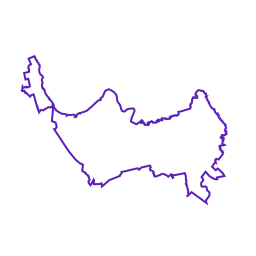 Hauraki District, Waikato, New Zealand (Albers equal-area conic projection), rotated 348°
{"feature_id": "76426892B20926799897700", "entity_name": "Hauraki District", "entity_type": "district", "adm_level": 2, "iso_a3": "NZL", "parent_name": "New Zealand", "parent_adm1": "Waikato", "projection": "albers", "projection_center": [175.627, -37.294], "detail": "fine", "context": "isolated", "style": "outline", "palette": "violet", "viewbox_px": 256, "rotation_deg": 348, "n_neighbors": 0, "source": "geoboundaries", "source_scale": "gbopen_adm2", "svg_char_len": 5863}
<svg xmlns="http://www.w3.org/2000/svg" viewBox="0 0 256 256"><g transform="rotate(348 128 128)"><path d="M117.5,86.2L115.3,86.3L113.3,87.1L109.5,92.4L108.1,92.7L107.2,93.4L107.5,94.6L107.2,94.8L104.8,94.9L103.5,95.5L97.6,99.1L91.1,102.6L86.9,103.3L84.2,103.3L84.0,103.8L83.3,103.4L81.3,104.0L80.4,104.9L80.2,105.8L79.7,105.9L79.2,106.5L78.4,106.1L78.7,105.9L79.0,104.9L78.2,103.9L76.8,103.5L74.8,103.5L72.3,102.7L71.4,103.0L71.7,102.6L70.7,102.0L65.6,99.9L61.4,95.8L61.0,95.2L61.0,94.2L59.9,93.1L59.5,91.6L59.2,91.9L55.0,105.5L58.3,107.6L58.5,112.2L56.8,113.7L55.5,113.8L65.1,138.2L70.0,147.8L74.1,153.1L75.0,153.3L76.3,154.6L75.8,155.3L75.7,157.0L74.3,159.7L74.6,160.9L75.1,161.0L75.2,161.5L76.5,162.3L76.9,163.4L77.4,163.4L77.6,164.7L78.9,165.9L79.3,166.7L79.1,167.4L79.5,167.8L79.3,168.5L79.8,170.4L79.3,171.2L78.3,171.7L78.4,172.2L78.1,173.8L79.5,176.2L83.7,171.4L83.9,172.6L83.1,174.2L82.9,175.8L88.8,177.0L90.6,176.6L90.4,179.8L98.9,175.1L110.0,173.2L110.0,172.7L111.2,172.0L112.4,170.7L112.6,170.2L112.5,169.7L129.1,169.4L130.1,171.1L132.9,169.4L141.7,169.3L142.0,170.1L142.0,171.3L141.1,171.9L141.2,174.1L142.6,174.7L144.0,176.2L143.9,177.0L143.2,177.6L144.0,178.6L144.0,179.4L143.6,179.6L143.9,180.9L144.8,180.9L145.6,181.3L148.3,180.6L149.0,180.8L151.5,179.9L152.4,180.0L155.7,182.0L157.2,184.0L160.2,182.5L161.4,186.1L161.8,185.9L161.4,182.8L163.0,183.8L174.2,184.0L174.5,186.8L174.3,189.3L173.8,190.3L174.3,191.9L173.7,192.6L173.5,193.9L173.1,194.3L173.5,195.1L173.2,195.3L173.4,196.0L173.2,196.3L173.6,197.3L173.6,199.3L173.8,199.7L173.6,200.9L173.9,202.3L173.4,203.1L173.3,204.0L173.8,205.2L171.2,207.4L176.8,204.0L189.2,217.7L189.1,216.4L189.5,214.7L193.1,211.5L193.8,210.3L194.3,208.6L193.7,206.9L192.3,205.3L192.6,203.2L192.2,201.6L191.4,201.2L188.5,200.9L187.9,200.4L187.7,199.9L187.9,197.7L188.4,196.7L190.6,194.9L190.8,193.9L190.5,192.6L189.7,191.3L194.8,186.9L197.6,192.0L201.3,195.5L203.4,196.5L204.7,196.6L204.8,194.9L212.3,195.0L211.4,192.0L210.7,191.3L210.5,190.6L207.4,186.3L205.1,187.6L202.2,183.4L206.0,179.6L206.6,180.1L206.5,179.6L206.9,178.5L206.6,177.5L207.9,176.5L210.1,177.7L215.2,173.3L215.6,172.5L216.1,171.5L215.5,170.8L214.7,170.7L214.7,169.9L214.9,169.7L214.0,168.6L214.3,168.6L214.2,166.5L213.7,166.5L213.6,165.1L213.9,164.5L219.0,164.7L218.8,164.4L217.5,164.5L217.1,164.1L217.3,163.4L217.0,163.3L217.0,162.7L217.8,160.5L218.4,160.5L218.1,158.8L219.4,158.7L219.5,157.7L218.2,157.0L217.4,157.4L217.0,157.0L217.4,156.5L217.0,156.3L218.3,155.0L218.6,155.2L218.6,154.6L220.2,155.3L220.6,155.2L220.7,154.8L222.4,154.8L223.2,154.3L222.6,153.2L222.7,152.1L223.3,152.0L223.1,151.7L223.3,151.5L222.4,150.7L222.8,149.3L223.7,148.9L224.0,147.5L223.5,146.1L224.1,145.2L223.7,145.0L223.4,144.1L222.8,143.5L222.8,143.2L222.3,143.0L221.8,141.1L221.4,141.0L221.1,140.6L221.2,139.9L220.3,139.3L219.9,138.4L220.1,137.9L219.7,137.9L219.0,136.9L219.2,135.7L218.9,135.1L219.2,134.6L218.9,134.4L219.3,134.2L218.5,133.5L218.7,132.5L217.7,132.6L216.6,130.7L216.2,128.9L216.5,128.7L216.0,127.8L216.2,127.3L215.3,127.1L214.3,126.0L213.5,124.4L212.2,120.3L212.7,119.6L212.5,119.4L212.0,118.6L211.4,117.2L211.6,116.9L211.1,115.1L210.5,114.3L211.1,113.8L210.6,113.8L210.6,113.6L211.3,113.3L211.5,112.8L211.3,112.2L211.5,111.6L211.2,111.2L211.3,110.4L210.3,110.2L209.2,107.3L208.7,107.0L207.5,107.1L205.9,105.9L204.6,105.6L202.0,107.3L201.5,108.4L200.8,109.1L201.1,109.9L202.1,110.6L202.3,111.6L201.9,113.0L200.3,112.5L200.2,112.2L199.9,112.4L199.6,112.1L199.3,112.3L198.8,112.2L198.8,111.6L198.0,111.5L197.5,112.2L197.5,112.7L196.5,113.6L196.1,115.6L195.6,116.6L195.2,116.7L195.2,117.3L194.3,117.9L194.0,117.8L193.4,119.4L193.7,119.7L193.4,120.2L193.6,120.9L193.0,121.9L183.1,122.8L180.6,122.7L180.5,124.8L180.2,125.4L179.3,125.5L178.4,126.2L177.6,125.4L177.2,125.6L176.4,125.3L175.8,125.4L175.7,125.7L173.8,125.2L173.4,125.8L172.0,125.7L172.1,126.4L171.2,126.4L171.0,127.5L170.6,127.9L169.8,127.2L168.0,127.4L166.8,126.4L166.2,126.9L165.1,125.9L164.4,126.1L163.1,125.5L162.7,126.0L163.0,127.5L162.2,127.4L161.6,126.9L161.0,126.8L160.9,127.1L159.6,127.9L159.4,127.4L159.5,126.3L159.2,126.0L158.2,126.9L158.0,127.5L157.6,127.3L157.4,128.3L155.7,128.6L154.9,128.1L153.6,128.0L153.6,127.5L153.1,127.2L153.3,126.9L152.4,126.2L151.8,126.7L150.2,126.7L150.4,127.0L149.7,127.1L149.6,127.6L149.1,127.2L148.4,127.2L148.8,129.1L148.0,129.3L145.6,128.4L145.4,127.8L145.1,127.9L145.1,127.3L144.5,127.0L144.5,126.6L144.2,126.4L144.5,126.0L144.3,125.6L143.3,125.6L143.1,124.4L142.6,123.9L143.4,123.7L143.0,123.2L142.0,123.8L142.3,124.6L141.8,125.7L140.2,124.7L137.4,126.0L136.3,125.7L134.9,124.3L132.5,122.7L132.3,122.2L132.5,121.3L134.1,118.3L137.9,112.7L138.1,111.7L137.9,110.7L136.9,109.8L132.1,109.4L130.8,109.6L128.4,111.1L127.3,111.0L125.9,110.3L125.4,108.9L125.0,103.8L123.3,100.1L123.2,98.1L123.6,94.5L123.5,93.4L122.8,91.8L121.6,89.9L119.6,87.8L117.5,86.2ZM59.3,91.4L59.2,91.0L59.5,91.2L60.0,90.9L60.2,90.4L59.6,88.2L58.6,85.7L56.7,82.9L56.5,81.8L56.0,81.6L56.7,81.7L55.5,79.7L54.3,76.5L54.3,74.6L54.0,74.2L54.2,73.3L53.6,71.7L53.3,71.5L52.9,71.7L52.5,70.4L52.8,67.8L53.1,67.2L53.6,66.9L53.8,64.7L53.6,63.4L53.8,62.6L55.4,60.7L55.0,59.1L53.9,58.1L54.2,58.3L53.3,56.9L52.9,54.8L53.2,52.5L54.5,49.6L54.6,47.8L53.9,46.8L53.8,45.5L52.8,44.2L52.9,43.0L51.9,41.7L52.1,40.7L51.4,39.4L51.7,38.8L51.4,38.3L45.2,39.5L46.4,45.5L44.2,46.2L43.0,47.9L43.2,48.5L43.0,49.2L43.5,50.5L42.5,51.9L43.7,52.4L37.8,52.7L37.8,59.2L40.7,59.1L40.8,66.8L38.5,67.5L37.2,66.6L36.8,67.1L36.5,67.2L35.3,66.5L33.9,66.8L33.5,66.5L33.4,65.9L32.9,67.0L33.1,67.4L32.3,69.0L31.9,69.3L32.8,70.2L34.4,70.0L34.7,71.0L34.6,72.8L34.4,73.0L35.7,72.3L38.7,77.0L40.4,75.7L42.7,75.5L43.5,88.6L43.8,88.5L43.7,91.2L44.1,91.2L44.3,94.2L46.4,92.3L47.7,92.6L48.8,93.2L50.3,92.3L50.8,92.4L54.4,91.1L56.4,91.8L57.1,91.4L58.7,91.8L58.6,91.5L59.3,91.4Z" fill="none" stroke="#5b21b6" stroke-width="2"/></g></svg>